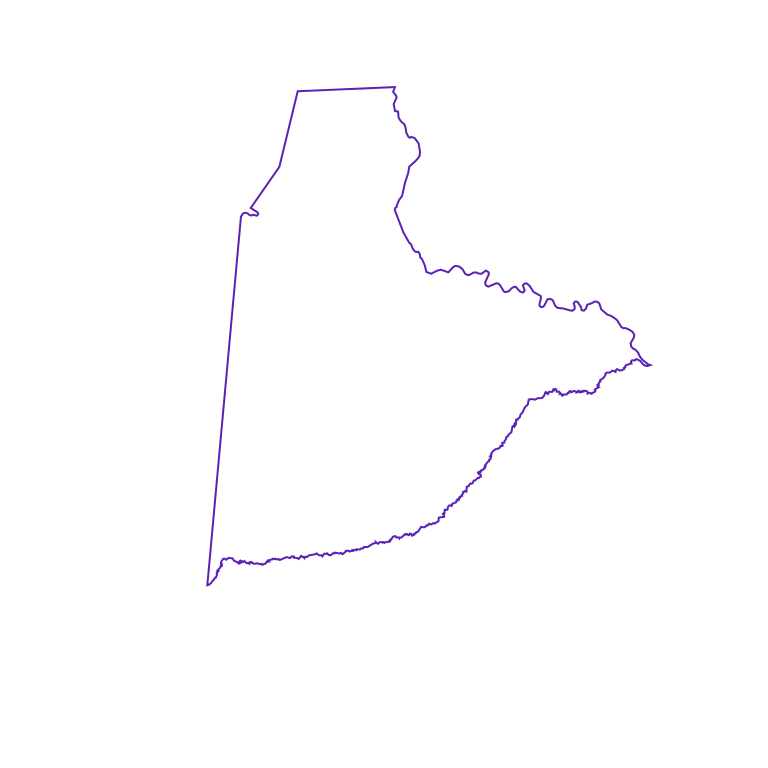 outline of Nalolo, Western, Zambia, rotated 300°
{"feature_id": "96606910B50694573542024", "entity_name": "Nalolo", "entity_type": "district", "adm_level": 2, "iso_a3": "ZMB", "parent_name": "Zambia", "parent_adm1": "Western", "projection": "mercator", "projection_center": [22.885, -15.831], "detail": "fine", "context": "isolated", "style": "outline", "palette": "violet", "viewbox_px": 768, "rotation_deg": 300, "n_neighbors": 0, "source": "geoboundaries", "source_scale": "gbopen_adm2", "svg_char_len": 6166}
<svg xmlns="http://www.w3.org/2000/svg" viewBox="0 0 768 768"><g transform="rotate(300 384 384)"><path d="M457.3,176.5L121.4,331.6L123.0,333.0L125.6,333.9L127.5,333.8L129.9,334.7L131.5,334.3L132.4,335.2L135.7,334.6L136.7,333.6L139.2,334.2L139.1,333.0L143.2,333.9L145.0,333.5L145.2,334.5L147.1,333.6L147.0,332.6L148.3,331.9L152.2,332.1L153.2,333.6L152.9,335.2L155.6,336.3L157.3,340.1L155.9,342.4L156.3,345.0L155.9,348.2L157.0,349.1L157.9,347.4L159.3,347.9L159.5,349.2L158.8,349.8L159.4,350.4L159.3,351.1L160.9,351.5L160.1,354.7L161.3,356.0L161.1,356.9L161.6,356.6L162.4,357.9L162.8,357.2L163.5,357.9L163.3,361.4L165.6,364.3L165.6,366.2L167.1,368.0L166.5,368.9L169.5,371.3L171.1,371.2L171.9,372.2L171.8,371.5L173.0,371.5L173.8,372.4L173.4,372.7L175.4,373.8L175.9,374.8L177.0,374.9L177.8,377.2L178.4,377.3L178.8,379.7L179.6,380.1L179.5,381.8L185.4,386.2L186.3,389.7L188.7,390.4L189.5,392.2L188.5,392.7L189.9,396.0L189.8,397.6L193.7,398.1L193.4,399.7L194.0,400.5L193.4,402.2L194.6,402.0L195.5,402.8L195.4,403.6L198.3,405.0L202.7,410.1L203.6,410.4L203.2,413.4L204.7,416.1L204.1,416.8L207.2,417.1L208.1,419.1L208.9,419.4L208.3,421.5L208.9,423.3L212.1,424.6L212.5,425.8L213.4,425.7L215.1,430.5L216.3,431.2L215.9,433.2L220.0,434.8L220.4,434.5L222.0,436.9L221.6,437.8L223.8,439.9L224.5,439.6L225.0,440.9L224.6,441.1L226.7,442.5L226.5,443.1L227.2,443.1L228.7,446.0L230.2,446.5L231.3,448.2L232.8,448.1L234.6,451.3L239.9,454.1L242.6,456.6L243.0,456.2L242.6,458.7L244.7,459.3L246.0,461.1L245.9,462.1L246.8,462.6L246.6,463.8L247.5,464.0L248.9,466.1L250.6,467.1L250.3,467.7L252.1,467.9L252.6,467.3L253.5,468.1L256.1,468.0L258.0,469.9L257.2,471.1L258.5,473.4L258.0,474.4L258.7,474.3L260.0,476.0L264.6,477.3L264.6,478.7L265.1,479.2L265.3,478.6L265.8,479.5L265.4,480.9L266.5,481.6L267.4,481.3L267.6,482.0L267.8,482.9L266.7,484.1L268.4,485.5L269.3,485.0L270.3,486.1L271.1,485.8L273.2,487.3L278.8,487.6L279.9,490.4L281.4,491.4L282.9,491.4L283.4,492.7L285.6,492.9L285.8,494.9L288.3,496.4L288.4,497.5L292.4,499.8L295.7,498.2L299.1,502.5L300.4,501.4L300.9,500.0L302.1,500.3L302.3,501.0L305.4,499.5L306.8,501.8L309.4,500.9L311.1,501.0L312.0,501.8L312.2,503.6L314.6,503.1L317.4,505.5L319.1,505.1L320.0,506.1L320.8,505.4L321.4,506.7L322.4,506.1L323.6,506.7L323.9,506.1L326.1,507.5L326.3,506.8L328.7,507.2L329.7,507.2L330.0,506.5L331.9,507.7L332.0,509.2L336.4,507.0L337.9,508.5L338.8,508.1L341.2,508.7L341.4,509.7L342.3,510.3L345.3,510.0L346.1,511.2L349.6,512.2L349.9,513.2L351.7,513.5L352.3,514.3L353.9,512.8L354.1,511.9L353.5,511.4L354.1,509.7L355.3,510.0L355.6,511.1L356.9,511.2L356.7,511.7L358.5,511.8L359.7,512.9L361.1,512.7L361.3,513.2L362.0,512.7L362.7,513.3L363.9,512.2L364.7,512.8L365.3,512.4L368.8,512.8L369.6,513.7L371.2,512.9L372.1,513.7L374.3,513.3L375.5,512.6L375.0,512.1L376.9,512.2L377.3,511.6L381.0,512.1L383.7,513.5L385.7,515.8L388.6,515.9L388.6,516.5L389.7,516.7L389.8,517.5L390.5,517.2L390.6,516.0L390.9,516.8L392.2,515.8L393.6,517.6L395.0,516.9L397.3,517.2L399.1,516.4L400.8,517.5L402.3,517.1L405.9,518.4L411.5,516.5L413.1,517.2L412.3,518.3L413.7,518.5L415.1,516.9L415.9,517.0L415.9,518.0L419.2,516.3L419.9,517.6L421.1,517.4L423.0,518.3L425.6,517.5L429.2,518.2L434.0,517.6L438.2,518.8L442.9,517.1L445.0,519.8L445.9,522.5L448.8,524.5L450.8,527.9L454.0,528.5L457.4,527.9L458.0,528.4L457.6,528.9L458.0,530.1L457.3,529.9L457.3,531.0L459.8,530.9L461.3,533.6L464.3,533.4L464.7,534.4L464.0,534.0L463.7,534.6L465.4,535.0L465.3,535.6L463.7,537.7L464.9,539.3L464.6,540.5L463.5,540.9L464.2,541.3L463.5,542.3L464.1,543.6L463.1,544.3L465.0,545.2L466.3,547.5L468.0,547.6L468.4,548.2L469.0,547.3L468.9,547.9L470.5,548.4L470.6,549.6L471.0,549.6L470.6,550.5L472.7,551.7L473.2,552.8L473.4,553.9L472.7,554.8L473.6,555.6L475.1,555.6L474.6,557.7L475.1,558.3L475.8,557.9L475.7,559.0L476.5,559.8L477.3,559.5L477.5,560.8L478.2,560.8L479.3,562.8L478.9,564.4L477.5,564.9L479.3,566.9L479.3,568.7L480.1,568.6L482.6,570.5L483.9,570.5L484.4,569.4L485.0,569.4L488.5,571.6L488.4,570.4L490.0,569.3L490.4,570.5L492.5,569.4L494.4,570.1L495.2,569.2L498.6,570.9L502.8,571.3L503.4,570.6L505.0,571.0L507.0,574.0L509.8,575.1L510.2,578.5L511.8,577.8L513.4,578.4L513.5,581.2L514.6,583.0L517.2,584.5L517.8,583.7L519.0,584.5L519.3,584.0L521.6,584.3L523.2,586.1L524.9,587.0L525.4,588.1L527.1,586.6L528.6,587.0L530.0,589.6L530.8,589.5L531.9,590.4L532.1,594.2L530.4,599.1L530.5,601.1L531.3,603.1L533.5,605.1L533.1,602.5L534.2,595.6L535.8,591.7L538.2,588.4L539.5,584.3L539.1,582.7L540.0,579.4L542.6,577.2L548.9,577.2L551.5,576.3L553.3,573.6L553.7,570.2L553.2,565.2L552.1,563.5L551.9,561.2L555.6,554.4L556.2,552.0L556.5,546.7L555.8,542.7L557.2,534.9L561.4,530.2L561.9,527.8L560.7,525.1L557.9,523.6L554.3,520.4L550.2,521.2L547.4,520.4L546.8,518.2L549.1,516.2L551.8,510.8L551.7,509.7L550.9,508.3L548.6,508.0L546.7,510.2L544.2,511.6L541.7,510.6L541.0,509.2L538.9,501.2L536.7,496.2L537.3,493.2L540.9,488.3L541.0,486.6L540.2,484.3L539.0,483.2L531.9,483.6L530.0,482.8L529.2,481.6L529.2,480.4L530.0,479.1L537.3,476.8L538.6,475.6L538.5,467.4L541.8,461.0L542.5,457.2L541.4,455.7L538.9,454.9L535.4,459.1L533.0,458.8L532.4,458.1L532.2,455.0L534.0,449.7L533.1,448.0L530.6,446.6L526.8,445.7L524.3,443.3L524.0,441.7L527.6,435.1L528.1,433.0L527.5,431.0L520.4,425.6L520.5,422.7L522.4,420.8L531.6,419.9L533.1,418.6L533.2,415.6L528.0,413.1L526.9,410.4L526.9,408.6L525.4,405.9L521.4,403.6L520.2,402.2L520.0,399.2L522.7,394.6L523.3,390.2L521.8,386.6L519.8,385.4L512.9,383.9L511.4,376.2L508.9,373.5L503.1,369.7L502.2,364.8L507.2,359.9L511.4,354.2L511.6,352.3L514.5,349.9L515.6,347.4L514.5,346.0L514.3,344.3L515.5,341.4L518.6,337.4L519.0,335.1L524.9,325.1L540.0,306.4L541.7,305.7L543.8,306.5L545.1,305.7L551.1,305.1L556.0,305.6L569.4,301.4L578.7,299.5L585.0,297.2L592.4,299.7L596.8,300.6L599.6,300.7L602.9,299.2L609.6,293.8L612.3,287.6L611.6,284.0L610.2,283.4L610.2,281.7L612.7,277.8L617.1,274.2L619.0,271.9L620.0,267.2L622.0,263.4L627.0,260.0L625.9,257.1L631.1,252.5L638.6,251.6L639.6,250.6L641.6,245.8L646.6,245.0L594.4,162.9L519.7,184.8L469.8,180.6L469.5,188.3L468.8,189.7L467.8,190.2L466.1,189.6L465.1,186.0L463.5,184.8L463.1,182.3L463.6,180.6L462.8,177.9L461.0,176.6L457.3,176.5Z" fill="none" stroke="#5b21b6" stroke-width="2"/></g></svg>